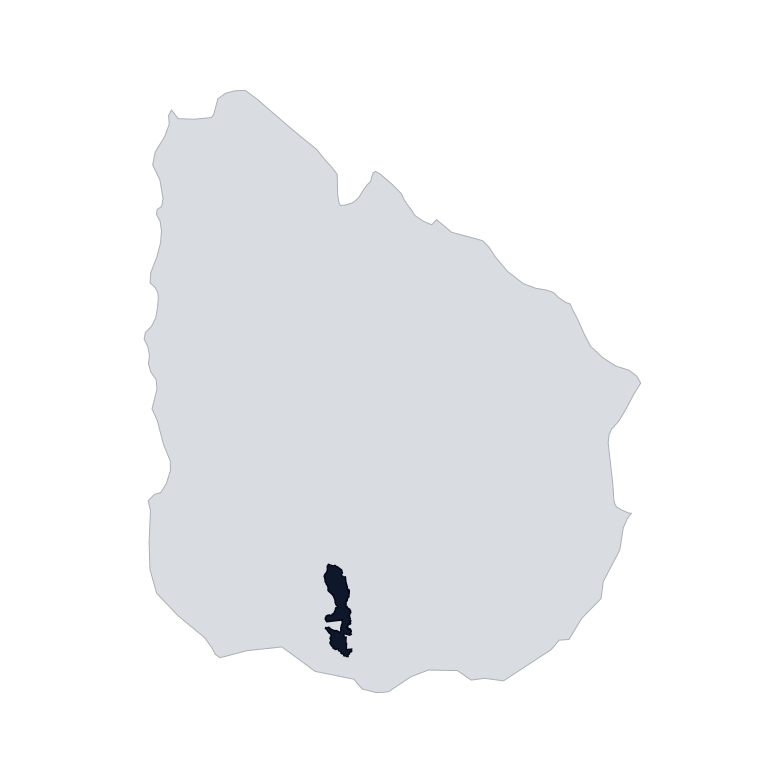 location of Rodríguez, San José, Uruguay, rotated 353°
{"feature_id": "84410073B80691141354915", "entity_name": "Rodríguez", "entity_type": "district", "adm_level": 2, "iso_a3": "URY", "parent_name": "Uruguay", "parent_adm1": "San José", "projection": "equal_earth", "projection_center": [-56.456, -34.221], "detail": "fine", "context": "in_parent", "style": "filled", "palette": "ink", "viewbox_px": 768, "rotation_deg": 353, "n_neighbors": 0, "source": "geoboundaries", "source_scale": "gbopen_adm2", "svg_char_len": 7386}
<svg xmlns="http://www.w3.org/2000/svg" viewBox="0 0 768 768"><g transform="rotate(353 384 384)"><path d="M613.8,542.5L609.1,547.2L603.9,556.1L597.8,577.5L577.5,606.9L573.3,623.4L551.7,640.7L536.4,660.1L526.6,659.6L517.7,667.9L466.4,693.2L448.1,688.4L434.5,688.5L422.0,677.4L393.2,673.3L375.1,677.8L350.9,690.0L343.6,689.8L338.3,689.2L325.2,684.1L318.0,673.3L280.7,660.9L250.6,632.5L215.1,632.0L187.9,635.7L183.6,631.9L180.9,624.7L175.2,614.1L151.5,589.1L132.9,564.1L129.1,539.6L131.5,512.9L136.8,481.2L135.7,471.3L142.5,465.6L149.3,464.5L155.8,456.3L161.5,443.9L162.5,434.5L157.8,417.0L154.5,392.6L150.7,380.5L158.1,361.3L158.4,352.0L154.0,343.8L152.7,335.3L154.7,326.7L154.2,318.3L151.4,310.3L153.5,303.7L160.3,298.4L165.5,290.4L168.8,279.5L170.5,271.3L170.6,265.5L168.5,260.2L164.2,255.1L166.1,245.0L174.2,229.9L179.5,216.5L181.8,204.7L181.6,195.3L178.9,188.0L180.0,183.2L185.0,180.6L187.3,173.0L186.4,154.0L181.1,138.4L185.1,126.0L196.5,111.6L202.5,100.0L202.9,91.2L206.5,86.1L212.1,95.6L228.4,98.1L244.9,98.5L247.6,96.1L254.0,80.5L262.6,76.0L271.9,74.8L282.0,75.6L292.9,86.0L323.5,119.8L345.9,143.2L352.7,154.2L358.6,162.5L363.1,170.2L361.1,190.2L361.4,199.0L362.5,201.5L367.6,201.7L375.2,200.2L381.6,196.0L386.6,189.6L391.5,184.3L395.4,181.5L396.9,177.3L399.1,172.9L401.5,172.0L405.9,175.2L416.3,186.7L424.4,197.2L426.3,203.3L429.4,209.5L432.7,215.0L435.1,220.4L442.9,227.3L450.8,231.8L456.2,227.3L469.7,241.7L499.4,253.8L504.9,261.1L510.0,271.5L520.3,287.3L534.6,301.4L546.1,307.4L557.2,310.8L563.4,313.9L567.6,319.3L574.4,325.2L578.6,327.3L580.0,332.5L584.3,343.9L588.7,358.4L593.6,371.7L604.3,384.5L616.3,394.5L628.9,400.2L635.9,407.2L638.9,414.4L630.3,425.2L620.9,438.7L612.6,449.4L604.1,456.8L601.2,461.9L599.3,469.8L598.9,511.8L598.0,527.4L598.6,531.5L599.8,534.3L605.0,538.4L611.3,541.9L613.8,542.5Z" fill="#d9dde1" stroke="#a8b0b8" stroke-width="1"/><path d="M319.5,643.2L314.2,643.1L315.2,636.7L314.5,636.3L315.5,630.7L313.7,630.4L313.5,628.0L313.8,627.3L314.4,627.0L319.4,629.1L320.0,628.8L321.0,628.5L320.5,627.3L320.6,626.6L321.3,626.0L321.2,625.7L321.3,625.5L321.3,625.3L321.2,625.2L320.9,625.0L320.9,624.9L321.2,624.8L321.2,624.5L320.9,624.2L320.9,623.9L321.0,623.9L320.9,623.6L320.7,623.5L320.4,623.5L320.3,623.4L320.2,623.3L319.9,623.4L319.7,622.9L319.9,622.7L319.5,622.6L319.4,622.7L319.0,622.8L318.8,622.6L318.7,622.8L318.6,622.7L318.6,622.2L318.5,621.9L318.6,621.7L318.5,621.4L318.0,621.5L317.4,621.3L317.3,621.2L317.3,620.7L317.5,620.6L317.7,620.3L317.9,620.2L318.3,620.2L318.8,619.4L318.8,619.1L318.8,618.8L319.1,618.5L319.2,618.3L319.4,618.4L319.8,618.4L319.7,618.3L319.6,618.2L319.6,617.8L320.3,617.5L320.6,617.8L320.9,617.9L321.3,618.0L321.4,617.9L321.5,617.9L321.7,617.7L321.6,617.4L321.5,617.1L321.4,616.6L321.5,616.4L321.4,616.3L321.4,616.1L321.5,615.7L322.0,615.5L322.1,615.2L321.9,615.0L322.1,614.7L321.7,614.3L321.7,614.1L321.4,613.7L321.3,613.2L321.7,612.9L321.9,612.8L322.0,612.6L321.5,611.7L321.5,611.4L321.5,611.2L321.3,611.1L321.6,610.4L321.5,610.2L321.3,610.2L321.2,609.9L321.4,609.5L321.8,608.8L321.8,608.5L321.6,607.9L321.7,607.5L321.9,607.4L322.2,607.7L322.3,607.8L322.5,607.5L322.8,607.1L323.0,607.0L323.2,606.8L323.2,606.7L322.7,606.8L322.6,606.6L322.8,606.3L322.9,606.2L322.6,606.0L322.6,605.8L322.7,605.7L323.1,605.0L322.8,604.8L322.6,604.7L322.3,604.5L322.3,604.2L322.6,603.8L322.6,603.6L322.3,603.6L322.3,603.2L321.6,602.8L321.2,602.8L321.1,602.7L320.7,602.4L320.6,601.9L320.7,601.5L320.3,601.1L320.1,601.0L320.0,600.9L320.1,600.5L320.1,600.4L319.7,600.4L319.5,600.1L319.2,600.1L319.0,599.7L318.8,599.3L318.8,599.1L319.3,598.8L319.4,598.2L319.2,597.8L319.4,597.6L319.6,597.5L319.6,597.3L319.5,597.1L319.6,596.8L319.3,596.6L319.6,595.8L319.5,595.6L319.5,595.4L320.2,595.3L320.3,595.2L320.4,594.9L320.5,594.7L320.8,594.7L321.0,594.4L321.3,593.9L321.2,593.8L321.1,593.7L321.1,593.3L321.1,593.1L321.3,593.0L321.4,592.9L321.6,592.4L322.0,592.0L322.2,591.6L322.5,591.5L322.6,591.3L322.6,591.1L323.0,591.1L323.2,590.8L323.3,590.5L323.4,590.3L323.4,590.2L323.0,589.8L323.1,589.6L323.3,589.3L323.6,588.6L323.6,588.4L323.7,588.1L323.5,587.9L324.0,587.5L323.9,587.2L324.0,586.7L323.8,586.6L324.0,586.3L323.9,586.0L323.8,585.8L323.7,585.8L323.6,585.7L323.8,585.6L324.2,585.7L324.3,585.6L324.3,584.9L324.2,584.6L324.3,584.3L324.2,584.2L323.9,584.2L323.8,583.8L323.5,583.9L323.4,583.5L323.2,583.5L322.9,583.7L322.9,583.4L322.6,583.2L322.6,582.7L322.5,582.2L322.6,581.9L322.6,581.7L322.8,581.5L322.8,581.3L322.7,581.1L322.8,580.4L322.6,580.3L322.6,579.9L322.4,579.5L322.4,579.0L322.3,578.7L322.5,578.5L322.2,578.1L322.1,577.6L322.2,577.3L322.1,577.1L322.3,577.0L322.3,576.7L322.2,576.5L322.1,576.3L321.9,576.1L321.9,575.8L322.0,575.6L321.9,575.0L322.0,574.9L321.9,574.7L322.0,574.4L322.0,574.2L322.2,573.7L322.2,573.4L322.1,573.1L321.9,572.9L321.9,572.6L322.0,572.4L322.0,572.1L322.2,571.8L322.1,571.7L322.1,571.3L322.1,571.1L322.1,570.8L322.0,570.6L321.5,570.7L321.1,570.9L320.7,570.8L319.9,570.8L319.8,570.3L319.8,570.2L319.7,569.8L319.5,569.7L318.8,569.6L318.5,568.7L318.5,567.8L318.9,567.2L319.3,567.1L319.7,566.2L319.4,565.2L319.4,564.8L319.4,563.8L318.9,562.9L318.4,562.7L315.4,559.7L314.5,559.5L313.2,558.0L311.6,558.6L309.8,557.6L309.3,557.8L307.9,556.7L306.9,556.2L305.4,558.2L305.4,560.2L304.8,562.6L303.7,564.5L302.7,565.1L301.5,566.8L301.2,567.9L301.5,568.6L301.4,569.6L301.7,570.5L301.5,573.0L302.1,574.1L302.5,576.0L303.7,577.5L303.4,578.1L303.6,578.6L303.8,580.1L303.4,580.8L303.4,582.4L306.7,586.2L308.1,588.6L309.0,592.0L309.0,595.5L309.8,598.0L311.0,599.1L311.0,600.1L310.6,600.4L310.3,600.6L309.8,600.4L309.3,600.1L308.9,600.3L308.6,600.7L308.5,601.8L308.2,602.1L308.2,602.7L307.7,603.1L307.5,603.8L307.1,604.0L307.1,604.4L306.7,605.1L305.7,605.6L305.5,605.8L305.5,606.3L305.3,606.3L304.4,606.3L304.2,606.9L303.6,607.5L302.7,607.2L302.4,607.5L302.2,607.3L302.1,606.9L301.6,606.5L301.2,606.7L300.7,606.8L300.2,606.6L299.9,607.0L299.5,607.1L298.6,607.1L298.2,607.8L297.9,608.3L298.0,609.0L297.3,609.1L297.2,609.5L297.4,609.9L297.1,610.3L297.4,610.7L297.5,611.5L298.0,612.6L298.4,612.6L298.5,613.0L313.1,613.1L313.3,612.8L313.5,612.8L313.4,613.4L313.7,615.7L312.3,618.4L311.3,621.5L311.1,623.7L310.0,625.5L308.8,624.3L306.8,623.0L304.4,622.7L301.3,620.7L299.6,618.7L298.7,618.9L297.0,619.1L296.6,618.7L296.2,619.2L296.1,619.7L296.9,620.2L297.2,620.5L297.5,621.1L297.7,621.8L298.0,622.2L298.4,623.0L298.8,623.6L299.1,624.4L299.7,624.6L300.1,625.1L300.6,625.9L301.0,626.3L300.7,627.7L300.7,628.4L299.9,628.6L299.9,628.9L300.1,629.4L300.3,630.0L300.0,630.1L299.5,630.2L299.6,630.5L299.9,630.8L300.1,631.2L299.9,631.6L299.9,632.1L300.2,632.5L300.0,632.9L299.5,633.1L299.5,633.5L299.0,633.8L298.9,635.0L300.1,637.6L301.0,638.3L301.4,640.2L302.2,640.5L303.2,641.5L303.7,641.6L304.0,641.2L304.6,641.5L305.0,641.2L305.9,641.3L306.4,641.7L306.4,643.1L306.8,643.3L307.3,643.3L307.7,644.0L308.6,644.4L308.9,644.8L308.8,645.2L308.6,645.5L308.5,645.9L308.6,646.1L309.5,646.7L309.9,646.8L310.4,646.6L310.7,646.8L310.9,647.1L311.1,647.8L311.0,648.0L311.0,648.4L311.3,649.0L311.6,648.7L311.8,648.2L312.3,648.5L313.0,649.4L313.7,650.0L315.1,650.1L315.1,649.8L315.2,649.4L315.2,648.9L315.3,648.5L315.4,648.3L316.0,648.0L316.3,647.6L316.6,647.7L316.8,647.6L316.8,647.4L317.0,646.5L317.3,645.9L317.6,645.7L318.1,645.9L318.6,645.9L318.9,645.7L319.3,645.4L319.4,645.1L319.3,643.9L319.5,643.2Z" fill="#0f172a" stroke="#020617" stroke-width="1.5"/></g></svg>